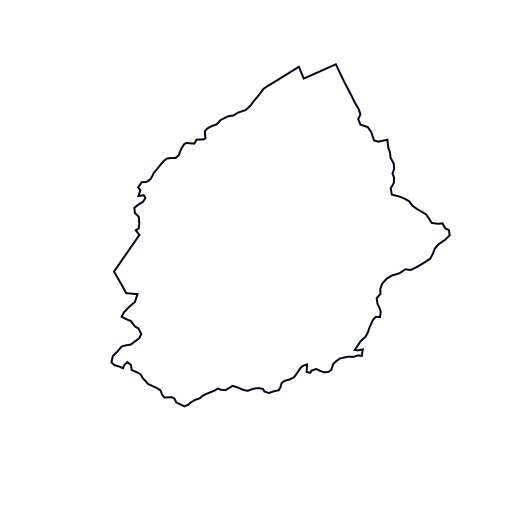 Temerloh, Pahang, Malaysia (Natural Earth projection), rotated 239°
{"feature_id": "92858781B90183149437098", "entity_name": "Temerloh", "entity_type": "district", "adm_level": 2, "iso_a3": "MYS", "parent_name": "Malaysia", "parent_adm1": "Pahang", "projection": "natural_earth1", "projection_center": [102.238, 3.618], "detail": "fine", "context": "isolated", "style": "outline", "palette": "ink", "viewbox_px": 512, "rotation_deg": 239, "n_neighbors": 0, "source": "geoboundaries", "source_scale": "gbopen_adm2", "svg_char_len": 2741}
<svg xmlns="http://www.w3.org/2000/svg" viewBox="0 0 512 512"><g transform="rotate(239 256 256)"><path d="M171.4,112.3L164.0,117.2L163.4,121.4L164.0,124.8L164.0,129.8L163.0,134.4L163.7,138.2L163.4,142.0L162.0,151.2L162.0,155.1L159.4,157.0L156.7,160.8L156.7,166.9L156.7,169.2L151.7,173.4L148.5,175.6L146.4,177.6L144.7,179.5L144.2,182.2L143.4,185.7L142.3,188.6L140.8,191.1L138.3,193.5L135.5,193.4L131.9,196.4L130.9,201.4L129.2,206.4L130.9,209.4L133.9,212.5L134.2,216.3L132.9,220.9L132.5,226.3L134.5,230.9L137.5,237.4L137.5,240.8L136.8,243.9L130.5,239.7L127.9,242.4L129.2,244.7L128.2,249.3L124.9,251.6L121.3,254.3L119.3,258.5L119.6,261.9L123.6,266.5L124.6,270.7L124.9,275.3L122.3,283.0L119.3,287.6L118.3,292.2L115.9,295.2L120.9,299.4L122.6,294.8L124.6,292.2L126.2,295.6L129.2,302.1L130.5,308.6L132.9,312.5L136.8,317.1L141.1,323.6L142.1,327.4L139.8,330.9L144.1,334.3L147.8,335.1L152.1,335.4L157.7,337.7L159.4,343.1L164.0,345.8L167.3,350.0L169.3,356.5L169.3,362.3L167.3,370.3L167.7,377.2L164.3,381.4L163.7,389.1L163.7,397.9L164.0,404.0L167.0,409.0L170.3,413.2L172.0,418.6L172.6,427.0L174.0,432.7L178.9,434.7L182.2,432.4L187.9,432.7L189.9,428.5L193.9,423.6L199.5,423.6L204.1,423.2L208.4,420.9L213.4,418.2L218.7,415.9L224.0,415.5L228.7,412.8L233.3,409.4L238.6,404.0L244.6,406.3L247.6,411.7L251.9,414.7L256.5,415.5L259.5,419.3L264.1,421.6L271.1,422.0L276.1,424.3L280.4,425.1L288.0,428.5L291.0,419.7L294.3,416.7L302.9,418.6L308.9,418.2L314.8,413.2L320.5,414.0L323.8,418.6L329.4,419.7L336.7,419.7L345.7,420.5L359.9,421.3L379.2,423.2L383.5,388.3L396.1,390.2L395.7,360.7L395.7,356.9L395.7,353.1L395.4,348.5L393.7,344.3L391.8,339.7L390.1,334.3L387.8,328.9L386.4,322.4L388.1,314.8L388.1,309.0L390.1,304.0L390.4,300.6L390.8,296.0L389.1,289.9L390.1,284.9L390.4,279.9L389.4,276.5L386.4,274.9L383.1,273.4L382.8,271.5L384.8,267.7L386.4,265.0L384.1,261.1L386.1,258.1L388.8,254.6L388.8,252.0L387.4,248.9L385.1,245.4L382.1,241.6L381.5,237.4L383.5,234.0L385.4,230.1L385.1,226.3L383.5,221.3L381.5,216.0L379.8,211.0L378.2,208.7L376.2,205.2L375.8,200.6L378.1,196.0L375.5,190.3L371.9,190.7L367.9,186.1L365.9,191.1L362.6,191.1L360.6,186.9L360.6,181.1L359.9,176.5L355.1,174.3L354.6,174.6L350.0,175.7L344.0,172.7L340.0,169.6L340.0,166.2L334.1,166.9L315.8,126.3L300.9,126.0L291.0,125.6L284.3,134.8L279.0,128.6L277.7,121.0L275.7,113.7L273.1,109.5L267.8,112.9L264.8,115.2L257.8,116.0L254.5,117.9L248.2,117.5L245.6,113.3L244.6,103.0L246.6,98.0L247.6,94.2L245.6,88.4L243.9,81.6L239.3,77.3L235.3,78.5L232.0,81.6L228.3,84.2L230.3,86.9L231.3,91.1L227.0,92.7L222.4,90.7L217.4,94.2L214.1,96.1L208.8,96.1L206.1,96.9L201.8,97.6L197.8,100.3L193.9,103.0L189.9,104.9L185.6,104.1L181.9,104.5L178.6,110.7L176.0,112.6L171.4,112.3Z" fill="none" stroke="#020617" stroke-width="2"/></g></svg>